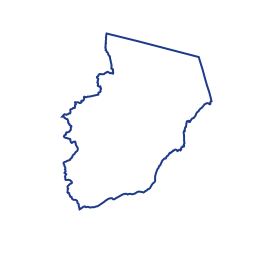 outline of Talara, Piura, Peru, rotated 205°
{"feature_id": "86281439B38323615258078", "entity_name": "Talara", "entity_type": "district", "adm_level": 2, "iso_a3": "PER", "parent_name": "Peru", "parent_adm1": "Piura", "projection": "mercator", "projection_center": [-81.054, -4.452], "detail": "fine", "context": "isolated", "style": "outline", "palette": "blue", "viewbox_px": 256, "rotation_deg": 205, "n_neighbors": 0, "source": "geoboundaries", "source_scale": "gbopen_adm2", "svg_char_len": 5784}
<svg xmlns="http://www.w3.org/2000/svg" viewBox="0 0 256 256"><g transform="rotate(205 128 128)"><path d="M137.5,33.8L136.1,35.9L135.6,37.0L134.7,38.2L134.3,38.6L133.9,38.7L133.1,38.4L132.7,38.4L131.4,39.4L130.8,39.7L129.1,39.8L128.7,39.9L127.7,40.7L125.2,41.9L123.5,43.6L122.4,44.3L118.5,50.8L117.7,52.6L115.6,55.8L113.8,57.2L113.1,57.5L112.7,57.6L111.5,57.1L110.5,57.5L110.1,57.9L108.9,59.9L108.0,61.0L105.1,65.1L103.5,66.7L102.6,67.2L101.9,67.6L100.7,67.7L100.2,67.6L99.8,68.2L98.7,69.0L98.0,69.3L96.9,69.5L95.5,70.1L94.8,70.8L94.6,71.1L94.0,71.5L92.6,73.8L91.8,74.6L91.0,75.1L90.1,75.4L89.3,75.5L88.8,75.7L87.9,76.0L86.9,76.0L86.2,76.8L85.6,78.3L84.7,79.2L84.0,81.1L83.1,81.8L82.9,82.1L82.6,83.4L82.5,85.7L82.1,88.1L81.3,89.7L81.0,91.2L81.2,91.9L82.4,94.3L83.0,95.8L83.5,98.4L83.8,101.0L83.9,102.9L83.8,103.8L83.5,104.4L83.7,106.8L83.6,107.1L83.1,107.6L83.0,108.3L83.2,109.8L83.0,110.7L83.2,112.0L83.0,113.4L82.1,115.7L81.7,116.1L80.9,116.3L80.9,118.2L80.6,119.3L80.0,120.0L79.9,121.8L79.7,122.9L79.3,123.4L79.1,123.3L79.0,123.1L78.8,123.2L78.5,124.4L77.9,125.3L77.7,126.4L77.4,126.7L77.3,126.4L77.2,126.4L77.0,127.1L76.5,127.9L75.7,128.6L74.3,128.5L74.0,128.2L73.5,128.0L73.1,129.0L72.8,129.3L72.6,129.2L72.3,129.8L71.8,130.0L71.5,130.6L71.3,130.6L70.9,130.3L70.8,130.9L70.8,131.3L71.1,131.5L71.3,131.9L71.3,133.2L70.5,133.8L70.6,134.3L70.4,134.4L70.3,134.7L70.1,134.7L70.0,135.0L69.6,135.1L69.9,135.5L69.9,136.1L70.2,136.2L70.5,136.8L70.4,137.2L70.5,137.6L70.4,138.1L70.9,139.0L71.4,139.4L73.5,143.8L74.5,145.7L75.4,146.9L75.9,148.1L75.9,149.1L75.2,149.2L75.2,149.3L75.9,150.6L76.2,151.6L76.4,152.6L76.3,153.2L75.9,153.6L77.1,157.2L77.2,158.0L77.5,158.8L77.2,159.2L76.8,159.4L76.2,160.0L75.9,160.2L75.5,160.2L75.3,160.0L75.3,159.5L75.2,159.3L74.7,159.5L74.4,159.8L74.5,160.4L74.1,163.1L73.5,164.2L73.0,164.5L72.7,164.8L72.1,167.3L72.1,168.9L72.2,170.2L72.1,171.3L71.4,172.5L71.1,173.4L71.0,174.6L70.7,175.6L70.3,176.6L69.8,177.1L69.1,179.6L68.6,181.8L67.9,182.8L66.8,183.9L66.3,184.2L65.8,184.3L64.5,184.1L63.8,184.1L63.6,184.5L63.6,184.8L64.2,185.9L64.3,186.7L64.2,187.3L63.7,187.4L63.6,187.6L64.0,188.0L67.0,191.8L69.7,195.0L74.7,200.3L80.4,206.9L84.4,211.7L93.9,222.2L155.9,210.8L187.3,204.6L187.1,203.2L186.3,201.4L186.2,200.4L185.5,199.6L184.7,196.8L184.2,196.2L183.7,195.4L183.9,194.8L183.6,194.5L183.0,192.6L182.6,192.2L182.5,191.4L182.3,191.4L181.9,190.6L181.3,190.1L181.4,189.7L181.2,189.5L181.1,189.1L180.6,189.0L180.0,188.7L179.6,188.0L179.3,187.9L178.6,187.9L177.7,187.3L177.2,186.8L177.0,186.3L176.0,185.7L175.6,185.4L175.0,185.4L174.8,185.3L173.3,183.0L172.2,181.7L171.1,180.0L170.8,179.8L169.8,178.5L169.1,177.3L168.7,176.1L168.4,175.8L168.3,174.9L168.1,174.8L166.4,174.8L166.2,174.4L166.2,174.0L165.9,173.8L165.6,173.4L165.5,172.5L164.9,172.1L164.5,171.1L164.6,170.9L166.7,170.6L167.5,170.0L169.4,170.4L170.4,170.2L170.8,169.4L171.2,169.2L171.3,168.8L172.2,167.7L172.4,166.9L172.7,166.5L173.6,166.1L174.3,165.7L175.5,165.4L175.7,165.1L176.3,165.1L176.5,164.9L177.0,164.2L177.1,163.2L176.9,162.4L177.4,161.5L177.7,161.3L177.7,161.0L177.2,160.6L176.9,160.2L176.1,160.1L175.7,159.9L175.4,158.9L175.4,157.8L174.9,157.3L174.9,156.7L174.8,156.4L174.9,156.2L174.3,155.9L173.6,155.2L173.5,154.7L173.5,154.0L173.2,153.5L173.0,153.4L171.7,153.4L171.3,153.5L170.8,154.0L170.6,154.0L170.3,153.4L170.0,153.2L170.0,152.8L169.6,152.5L169.1,152.3L168.9,152.0L169.0,150.9L168.8,150.2L168.4,149.7L168.5,149.4L168.4,148.9L168.8,148.4L169.4,148.0L169.7,147.4L169.6,146.9L169.2,146.3L169.0,145.7L173.3,142.4L176.1,140.2L177.8,139.4L178.5,138.5L179.0,138.2L180.8,137.9L181.0,137.2L180.4,136.6L180.0,135.8L180.0,134.3L180.1,134.0L180.9,133.6L181.7,133.0L181.6,132.5L181.0,132.0L181.0,131.7L181.2,131.3L181.5,131.1L181.7,130.6L182.5,130.1L183.0,130.3L184.3,130.1L184.8,129.9L185.5,129.2L186.2,129.2L186.8,129.1L186.9,128.9L186.8,128.7L186.1,128.3L185.9,127.7L185.3,127.2L185.6,126.7L185.7,126.3L185.0,125.0L185.1,124.5L184.7,123.8L184.9,123.5L186.2,122.9L186.3,122.4L186.9,121.4L187.5,121.1L188.0,120.4L187.8,119.6L186.9,118.2L186.6,116.9L186.7,116.7L187.8,116.1L188.1,115.7L188.2,115.1L189.1,114.5L189.5,113.9L190.3,113.8L190.9,113.5L191.3,113.6L191.8,112.8L192.4,110.5L191.4,111.0L190.9,111.0L190.2,110.7L189.7,110.3L189.0,110.4L188.6,110.2L187.9,110.1L186.8,110.4L186.3,110.2L185.5,109.2L184.8,108.7L184.8,108.0L184.3,107.4L182.9,106.9L182.7,106.3L181.8,106.0L180.7,106.0L180.1,105.7L179.9,105.4L179.9,105.2L180.3,104.9L180.3,104.7L179.2,102.6L179.1,101.8L179.6,101.0L179.7,100.5L179.5,100.1L179.9,99.5L181.3,98.2L181.7,98.1L182.0,97.9L181.9,97.3L182.0,96.5L181.5,95.8L182.6,94.4L182.4,93.0L181.7,92.9L181.1,92.7L180.5,92.7L179.8,92.8L179.3,93.1L177.9,93.1L177.6,93.3L177.0,93.3L176.0,93.6L175.5,93.4L175.0,92.4L174.2,91.5L173.5,90.9L172.6,90.7L172.2,91.2L171.8,92.3L170.3,93.3L170.1,93.3L169.8,93.0L169.6,92.5L169.0,92.2L168.6,91.3L167.9,90.6L166.2,89.3L165.4,88.9L165.0,88.4L164.4,87.2L164.3,86.4L164.3,85.8L165.3,83.9L165.5,81.9L166.2,80.7L166.5,79.7L166.3,78.1L166.5,77.8L166.5,76.8L167.2,75.7L167.0,74.8L168.3,73.3L169.4,72.4L169.6,71.9L170.4,71.0L171.3,70.1L171.7,69.2L171.1,68.3L170.2,67.8L169.5,66.6L168.4,65.9L167.9,65.3L167.6,64.7L167.7,63.9L166.6,63.0L166.2,62.2L166.6,61.2L166.6,60.5L164.5,60.1L164.4,59.9L164.6,59.0L164.6,57.2L163.9,56.7L163.0,54.8L162.6,54.7L162.3,54.7L161.5,55.0L159.9,56.0L158.4,56.2L157.4,55.8L156.6,55.7L155.7,54.8L155.7,54.3L156.0,53.8L156.9,52.8L157.3,51.8L157.5,51.1L158.0,50.0L158.1,49.4L157.2,47.9L156.5,47.6L156.6,46.6L155.9,44.9L155.6,44.0L155.1,43.8L154.2,44.1L153.8,44.0L153.0,42.9L151.9,42.2L151.6,41.7L151.4,41.4L150.0,41.6L149.2,40.6L148.2,39.9L146.9,40.0L145.0,40.7L143.9,40.6L143.2,40.3L142.2,38.8L140.8,38.3L140.3,37.9L140.0,37.0L138.9,35.6L138.4,35.3L138.0,34.3L137.5,33.8Z" fill="none" stroke="#1e3a8a" stroke-width="2"/></g></svg>